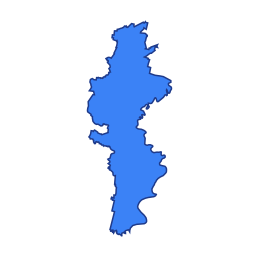 outline of Texistepec, Veracruz, Mexico, rotated 8°
{"feature_id": "50627088B36629639951607", "entity_name": "Texistepec", "entity_type": "district", "adm_level": 2, "iso_a3": "MEX", "parent_name": "Mexico", "parent_adm1": "Veracruz", "projection": "natural_earth1", "projection_center": [-94.8, 17.777], "detail": "fine", "context": "isolated", "style": "filled", "palette": "blue", "viewbox_px": 256, "rotation_deg": 8, "n_neighbors": 0, "source": "geoboundaries", "source_scale": "gbopen_adm2", "svg_char_len": 5888}
<svg xmlns="http://www.w3.org/2000/svg" viewBox="0 0 256 256"><g transform="rotate(8 128 128)"><path d="M169.9,160.8L165.0,160.3L164.6,160.0L164.2,159.1L164.2,158.2L165.4,156.2L165.7,154.6L166.6,153.4L167.8,152.9L168.8,151.8L168.7,150.6L168.2,150.0L167.4,149.8L165.7,150.6L164.9,150.3L164.4,149.2L164.3,147.3L164.0,147.0L162.0,147.7L159.9,147.9L157.1,148.8L155.3,148.3L154.3,147.4L153.6,146.3L153.5,145.5L153.9,144.4L155.0,143.1L155.1,142.5L154.3,141.9L152.3,141.5L150.4,141.9L149.6,142.4L148.6,142.4L147.1,141.8L146.8,141.4L146.4,135.7L145.0,133.6L144.8,132.8L145.2,131.4L146.4,130.4L146.5,130.1L146.4,129.6L145.3,128.7L143.8,128.0L141.4,127.4L138.3,127.5L137.5,127.2L136.2,126.5L136.0,125.8L137.4,123.6L137.3,122.6L136.5,119.8L136.5,119.2L137.1,118.3L139.1,117.6L139.4,117.1L139.3,116.7L138.0,115.9L138.2,115.6L138.4,115.3L139.0,115.3L140.1,116.2L140.8,116.2L141.0,115.2L140.8,114.7L139.8,113.3L139.9,112.9L140.2,112.7L142.5,113.0L143.0,112.7L143.0,112.2L141.0,109.1L138.1,108.2L138.0,107.8L138.2,107.2L138.8,106.2L140.1,105.0L141.4,104.4L142.2,102.8L143.1,102.1L144.2,102.4L144.4,103.0L144.4,103.7L143.5,105.3L143.4,106.0L143.6,106.5L144.3,106.5L144.9,106.1L145.8,104.8L146.0,103.9L144.7,102.3L144.9,101.5L144.7,100.6L146.9,100.6L147.8,100.3L148.3,99.8L149.5,97.3L150.2,95.1L150.7,94.3L151.1,94.3L151.6,94.7L152.9,97.4L153.3,97.8L154.1,97.7L154.8,97.1L158.8,92.7L160.2,90.0L161.2,89.9L161.7,90.5L162.2,90.1L162.1,88.4L160.9,85.6L160.9,84.6L161.2,84.8L162.5,87.2L163.6,87.9L164.1,87.7L164.5,87.2L164.8,85.3L165.6,83.5L165.5,82.3L164.9,81.3L162.4,80.1L161.8,78.7L162.1,78.0L164.1,76.7L163.8,75.1L155.9,72.2L152.6,72.0L147.4,72.0L141.7,70.9L142.0,65.0L138.9,64.4L139.2,61.2L139.9,57.4L138.1,56.9L138.3,56.2L134.5,55.4L136.2,54.2L139.4,51.0L140.8,50.7L144.0,47.3L143.3,46.5L143.7,43.8L146.0,44.1L145.1,42.8L145.6,41.4L139.4,44.7L139.2,45.7L137.9,45.8L137.7,47.4L134.3,47.1L135.0,46.4L132.7,40.7L133.2,39.2L133.5,35.9L133.8,34.6L134.2,34.6L134.2,33.5L133.0,33.0L132.5,32.2L131.6,31.9L127.1,32.1L127.2,31.0L129.9,27.6L129.9,26.6L132.3,27.7L132.9,21.2L130.6,20.9L130.4,20.4L129.5,21.7L129.0,21.4L129.0,21.7L128.8,21.7L128.1,21.3L120.1,26.9L119.6,26.0L119.5,24.3L117.0,24.1L113.7,28.4L112.9,28.1L112.4,27.5L112.2,28.2L110.8,27.3L110.2,27.8L109.5,29.1L108.6,29.4L108.2,29.9L106.5,30.5L105.2,31.4L104.5,31.4L104.2,31.8L103.6,31.9L103.6,33.4L101.1,33.7L101.2,37.9L99.6,37.9L99.6,40.8L101.0,40.8L101.0,42.5L103.8,43.2L104.9,42.9L104.9,44.1L105.5,44.2L105.5,45.7L105.4,48.0L104.9,50.0L105.6,50.0L103.7,55.9L104.2,56.4L101.6,61.2L100.5,60.7L99.0,60.7L98.2,61.0L96.5,62.3L97.1,63.0L97.5,62.7L98.1,64.2L99.0,64.0L99.2,65.0L98.6,66.0L101.3,68.2L101.9,70.0L101.8,70.5L100.8,71.8L101.3,72.5L101.7,72.9L102.1,73.4L102.0,73.8L102.7,74.9L102.3,75.0L102.2,75.4L101.2,75.7L101.5,76.5L100.6,78.4L99.6,78.4L99.0,78.7L98.8,79.5L98.3,79.7L98.4,80.4L97.9,80.4L97.3,80.8L96.8,80.8L96.2,81.4L96.3,82.0L95.8,82.4L95.1,82.2L94.1,82.6L93.9,82.1L92.4,82.3L91.4,82.0L91.1,82.2L91.1,82.6L89.9,82.5L89.8,84.8L87.6,84.9L85.8,84.0L84.4,84.9L84.0,85.4L83.9,87.8L85.0,89.5L85.6,91.3L86.2,92.5L85.6,94.4L84.5,96.5L88.8,96.5L90.1,99.7L88.7,99.8L84.9,107.5L85.8,111.8L85.4,113.9L85.4,116.1L85.8,117.6L89.5,119.6L89.5,120.7L91.2,121.7L91.3,123.0L92.4,126.3L94.3,128.1L96.2,128.8L96.9,128.5L98.1,128.5L100.8,129.7L102.0,129.5L102.8,128.3L102.8,127.6L103.1,127.4L103.5,127.8L104.0,127.3L105.0,127.8L105.8,127.6L105.9,127.9L107.7,127.8L108.3,128.1L108.4,128.7L107.8,130.1L107.7,131.1L108.7,131.9L108.7,135.0L108.9,135.3L103.1,138.2L102.8,138.2L102.3,137.6L101.6,137.8L98.9,137.1L98.5,136.3L95.5,134.8L95.1,134.7L94.1,136.1L93.9,135.8L91.9,135.8L91.8,139.0L91.2,141.2L90.6,142.0L90.8,142.6L91.9,143.3L92.2,144.1L93.4,143.8L94.8,144.0L95.0,144.6L95.7,145.0L95.8,146.5L97.0,148.1L97.3,148.0L97.1,147.5L97.3,147.3L97.9,147.6L98.0,146.4L98.6,145.9L99.5,146.4L100.3,145.9L100.8,146.3L101.4,146.3L101.8,147.5L103.3,147.3L103.6,147.6L103.6,148.0L104.0,148.1L104.3,148.5L105.8,148.4L106.1,149.0L106.3,148.6L106.9,149.0L108.3,148.8L109.1,149.1L109.5,148.8L110.2,149.2L110.7,148.9L110.9,149.2L111.4,148.9L111.6,149.2L112.1,149.3L112.4,148.9L112.9,149.5L113.4,150.6L114.0,151.3L115.3,152.1L117.4,152.6L117.9,153.2L118.0,154.2L117.7,154.8L115.6,155.7L114.8,156.6L114.4,160.3L112.4,161.7L113.2,162.6L114.4,163.2L114.8,164.0L114.7,164.5L113.3,166.0L115.5,167.2L115.7,167.6L115.5,168.3L114.1,169.5L113.8,170.5L114.6,170.9L115.4,169.8L115.6,170.1L115.4,171.8L115.6,172.1L116.6,172.2L118.8,173.7L119.3,174.4L119.6,175.9L120.0,176.8L121.1,177.3L122.1,176.9L122.6,185.4L123.0,185.3L123.1,186.3L123.6,186.2L123.7,187.1L123.6,187.4L124.9,188.6L124.8,190.2L125.2,194.3L124.9,196.2L123.4,196.3L123.8,199.2L121.4,198.8L121.1,200.6L122.8,200.8L122.7,201.6L124.6,201.8L123.6,212.3L126.3,212.7L124.3,231.1L124.9,231.3L125.2,232.6L125.8,232.5L125.8,232.2L126.5,231.3L127.4,231.3L127.2,232.7L126.9,232.6L126.9,232.9L127.3,233.4L128.0,233.4L128.4,234.1L128.7,233.4L128.4,232.5L128.9,231.9L130.2,231.7L130.4,231.1L130.8,231.0L131.3,232.1L131.1,233.2L131.7,234.0L132.0,233.8L132.9,234.7L133.5,234.7L134.0,234.2L134.7,234.6L135.7,234.7L136.3,235.5L136.8,235.6L136.9,235.1L136.5,233.9L136.6,233.2L136.8,232.8L137.9,232.5L138.4,231.9L139.5,232.8L140.2,232.8L140.0,231.7L139.3,231.0L139.6,230.4L140.4,229.7L141.4,229.4L142.2,228.8L142.9,228.7L143.1,229.3L144.1,230.6L144.0,229.3L144.3,226.8L146.3,223.9L150.0,222.2L157.4,220.5L158.5,219.7L159.1,218.9L159.4,218.2L159.2,216.6L158.3,214.4L156.1,212.1L152.6,209.6L149.2,206.3L148.5,204.6L148.6,203.3L149.1,201.3L150.0,199.3L151.3,197.5L152.2,196.8L155.0,195.1L157.7,194.0L163.2,192.4L164.7,191.3L165.3,189.9L164.9,189.6L163.7,189.7L162.0,189.1L161.1,188.2L160.5,186.7L160.2,185.0L161.1,182.3L161.9,180.6L162.2,178.9L163.0,177.4L163.6,175.5L164.2,174.9L164.6,174.0L166.8,172.0L169.5,170.2L171.5,167.5L172.1,166.2L172.0,164.3L171.7,162.9L171.1,161.8L169.9,160.8Z" fill="#3b82f6" stroke="#1e3a8a" stroke-width="1.5"/></g></svg>